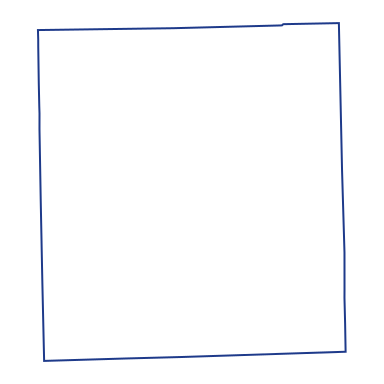 Sumner, Kansas, United States of America, rotated 89°
{"feature_id": "52423323B29617609063992", "entity_name": "Sumner", "entity_type": "district", "adm_level": 2, "iso_a3": "USA", "parent_name": "United States of America", "parent_adm1": "Kansas", "projection": "orthographic", "projection_center": [-97.506, 37.238], "detail": "fine", "context": "isolated", "style": "outline", "palette": "blue", "viewbox_px": 384, "rotation_deg": 89, "n_neighbors": 0, "source": "geoboundaries", "source_scale": "gbopen_adm2", "svg_char_len": 520}
<svg xmlns="http://www.w3.org/2000/svg" viewBox="0 0 384 384"><g transform="rotate(89 192 192)"><path d="M199.3,343.4L238.4,343.3L244.7,343.3L280.9,343.2L358.3,342.8L357.3,260.9L356.8,205.2L356.0,150.0L354.4,41.2L326.8,41.2L300.4,41.4L291.7,41.2L255.2,40.6L172.8,41.6L25.7,42.2L25.8,97.8L27.0,99.2L27.9,207.8L27.4,343.2L36.9,343.1L44.4,343.2L80.6,343.3L104.1,343.2L110.9,343.1L126.4,343.4L147.6,343.4L156.7,343.4L157.0,343.4L166.4,343.4L193.9,343.4L199.3,343.4Z" fill="none" stroke="#1e3a8a" stroke-width="2"/></g></svg>